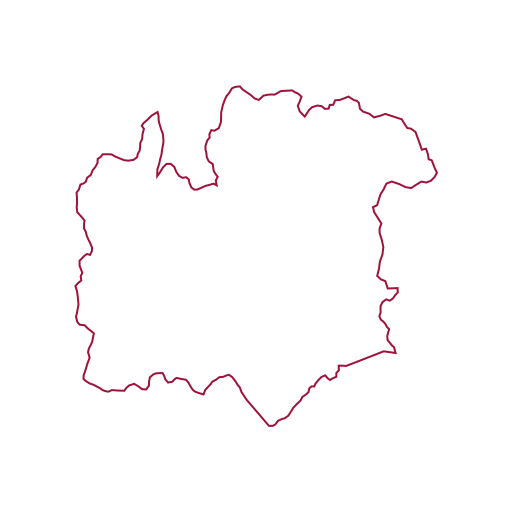 Anicuns, Goiás, Brazil (Natural Earth projection), rotated 348°
{"feature_id": "56859067B81756227980733", "entity_name": "Anicuns", "entity_type": "district", "adm_level": 2, "iso_a3": "BRA", "parent_name": "Brazil", "parent_adm1": "Goiás", "projection": "natural_earth1", "projection_center": [-49.983, -16.403], "detail": "fine", "context": "isolated", "style": "outline", "palette": "rose", "viewbox_px": 512, "rotation_deg": 348, "n_neighbors": 0, "source": "geoboundaries", "source_scale": "gbopen_adm2", "svg_char_len": 4023}
<svg xmlns="http://www.w3.org/2000/svg" viewBox="0 0 512 512"><g transform="rotate(348 256 256)"><path d="M66.7,329.9L64.6,333.7L62.6,336.9L61.7,340.4L63.6,343.0L66.7,346.0L70.2,348.1L73.3,350.7L75.6,352.6L78.0,355.2L80.8,357.0L83.4,358.0L87.2,357.2L91.6,358.5L95.7,359.6L99.2,360.4L101.4,358.3L105.1,356.2L110.2,355.7L113.6,358.8L116.9,362.6L120.9,363.7L124.3,360.5L125.3,356.5L127.0,352.6L131.3,350.3L134.3,350.0L137.1,350.5L140.3,351.1L141.3,354.5L141.6,357.7L143.7,361.5L148.0,361.6L150.4,359.8L152.8,358.7L156.8,360.5L161.8,362.5L163.7,366.2L165.1,370.7L166.5,374.1L168.6,376.3L172.2,378.5L175.9,380.5L178.4,376.6L182.1,373.9L185.0,371.9L187.2,369.8L191.2,368.7L194.9,366.9L198.7,367.4L202.1,366.7L204.8,366.6L207.4,369.3L209.8,374.1L211.3,378.4L212.9,381.3L213.5,386.1L217.1,395.0L233.4,424.9L237.1,425.6L239.7,424.9L243.3,421.8L247.2,420.9L250.2,420.7L254.3,419.0L258.0,415.3L260.9,412.2L265.4,409.1L269.6,406.6L271.9,403.6L275.5,402.1L278.9,400.2L280.8,396.3L283.3,395.1L285.9,395.7L287.6,393.2L290.6,390.8L294.8,388.0L298.9,387.1L300.6,390.4L302.6,392.7L305.9,391.5L309.5,390.8L310.2,387.3L313.3,385.0L314.1,380.5L317.7,381.2L321.2,382.3L361.1,375.8L372.4,379.9L372.0,373.9L370.3,371.6L368.8,368.6L367.2,365.4L367.8,361.4L371.0,355.2L369.3,352.6L368.4,349.3L366.8,346.5L364.8,344.1L364.1,340.6L366.2,337.0L367.3,331.2L370.1,327.4L374.3,325.5L377.6,327.5L381.1,326.0L383.9,323.3L387.1,321.2L387.8,316.8L378.1,315.2L377.3,307.5L373.3,304.8L370.4,300.7L373.7,293.9L376.0,287.3L380.0,280.8L382.4,273.8L382.4,266.2L381.7,259.4L382.5,254.9L385.4,250.3L380.7,237.7L380.6,232.5L385.0,231.5L390.6,221.5L394.5,217.6L398.6,212.3L404.3,211.4L411.3,215.6L416.7,219.8L422.0,221.8L427.2,219.7L433.2,217.6L437.8,219.5L442.7,218.8L447.1,215.9L450.3,212.2L449.0,206.7L447.8,198.9L445.0,197.3L445.3,192.1L444.6,186.4L440.3,186.5L439.4,179.3L437.8,167.9L434.1,163.7L430.6,162.3L428.6,157.3L427.0,152.6L412.0,143.9L406.5,144.7L400.2,144.9L396.4,140.4L390.8,137.1L388.3,133.6L388.5,127.7L386.9,125.1L384.3,124.0L379.6,119.3L370.7,120.8L365.8,120.2L362.9,124.2L359.6,123.5L357.6,127.0L353.8,126.3L351.5,123.2L347.4,121.6L341.8,122.1L338.3,124.2L332.7,129.8L328.8,123.6L328.1,117.8L330.6,114.4L333.6,109.6L330.8,105.7L328.3,104.1L325.7,101.5L321.4,100.9L317.2,100.2L314.3,99.9L310.9,101.1L307.6,102.0L304.7,101.2L300.8,100.7L296.6,100.7L294.2,102.2L291.1,103.9L287.5,101.7L283.8,96.8L281.0,94.0L277.3,90.0L275.5,86.8L272.8,86.4L269.8,86.4L267.2,87.1L263.5,91.1L260.2,93.6L257.3,97.7L254.7,102.0L251.8,108.4L249.6,117.6L246.2,123.2L241.3,124.8L238.4,123.6L235.7,127.3L235.3,130.5L232.4,132.8L229.5,137.7L228.7,141.4L228.9,144.6L228.4,149.2L229.5,153.6L232.8,157.1L232.3,164.0L233.5,167.4L235.0,170.6L232.4,173.7L232.2,178.7L229.6,176.4L224.6,176.8L221.2,176.9L216.8,177.9L212.2,178.8L209.3,178.2L207.0,175.4L206.1,171.2L206.1,166.9L204.0,164.4L200.4,164.3L197.3,161.5L195.5,157.1L194.6,151.8L191.7,148.1L187.6,147.3L183.3,150.1L179.4,154.3L176.0,157.3L177.5,150.9L180.6,145.4L182.5,141.1L184.6,137.2L186.1,132.8L188.4,127.4L189.4,124.3L190.3,117.6L189.6,112.6L189.0,106.4L189.0,102.9L189.8,98.8L189.6,94.7L183.4,96.8L178.6,99.9L173.5,102.7L171.3,104.9L172.8,108.4L170.3,113.3L169.0,117.8L166.3,121.4L165.3,125.3L164.1,128.8L161.8,131.2L160.2,134.7L156.1,136.5L151.1,136.2L147.2,135.0L143.4,132.5L139.1,129.5L135.8,126.6L132.3,125.7L127.2,124.6L124.3,127.0L121.4,128.0L120.3,132.0L117.4,135.5L114.1,138.1L111.2,142.4L107.1,144.3L104.8,148.1L102.2,149.2L99.1,149.6L96.6,154.1L93.7,156.6L93.0,161.8L92.0,167.0L90.7,171.2L90.3,176.1L93.7,181.8L95.6,185.6L94.5,188.9L93.5,193.3L94.5,196.9L94.6,200.4L95.2,203.9L96.4,208.6L97.4,213.8L96.6,216.9L93.9,220.4L91.1,218.9L88.4,220.0L82.4,224.0L81.4,229.0L82.1,232.9L82.6,236.4L80.3,239.4L80.0,243.6L76.3,245.5L73.1,247.9L73.6,253.0L73.4,256.2L73.0,260.3L72.3,266.5L69.3,273.8L67.3,278.0L67.5,283.4L69.2,286.5L74.0,288.1L76.4,291.9L78.3,294.2L81.3,297.9L79.4,302.4L77.9,305.9L75.9,308.6L73.2,311.9L71.7,315.2L72.1,321.0L68.6,326.3L66.7,329.9Z" fill="none" stroke="#9f1239" stroke-width="2"/></g></svg>